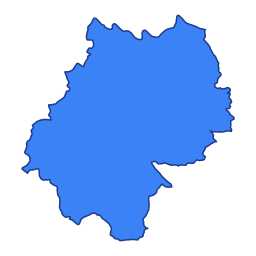 Moc Chau, Son La, Vietnam (orthographic projection)
{"feature_id": "81297802B18330735489877", "entity_name": "Moc Chau", "entity_type": "district", "adm_level": 2, "iso_a3": "VNM", "parent_name": "Vietnam", "parent_adm1": "Son La", "projection": "orthographic", "projection_center": [104.628, 20.87], "detail": "fine", "context": "isolated", "style": "filled", "palette": "blue", "viewbox_px": 256, "rotation_deg": 0, "n_neighbors": 0, "source": "geoboundaries", "source_scale": "gbopen_adm2", "svg_char_len": 5741}
<svg xmlns="http://www.w3.org/2000/svg" viewBox="0 0 256 256"><path d="M87.0,51.5L87.2,52.1L88.0,52.9L90.6,54.3L90.6,54.6L89.0,55.3L87.7,56.5L87.8,58.0L87.4,59.1L86.0,60.8L84.4,63.7L83.6,66.3L83.3,66.5L82.4,66.3L78.6,63.7L77.8,63.4L76.8,63.7L72.7,69.9L69.1,71.7L66.6,71.9L65.1,71.8L65.0,72.1L65.3,73.4L66.4,75.9L67.4,79.4L68.9,81.8L68.9,82.5L67.6,84.7L67.2,85.7L67.5,86.5L68.5,87.3L69.4,87.7L69.7,88.4L69.4,89.9L68.9,91.0L68.6,91.1L66.9,91.1L66.4,91.6L65.6,93.6L65.0,95.5L64.4,96.8L63.5,97.8L61.8,99.2L57.4,102.0L56.6,103.3L55.2,104.0L50.5,104.9L48.8,104.9L48.6,105.4L49.2,107.8L50.1,109.5L50.5,111.1L50.3,112.0L48.8,114.7L48.8,115.4L50.6,117.5L50.8,119.8L50.7,120.1L47.7,119.5L46.4,119.7L44.8,119.3L43.3,119.5L42.6,120.2L42.0,119.9L41.0,119.9L36.7,121.7L32.5,125.2L32.5,125.5L33.4,127.6L33.0,128.6L31.6,129.7L31.2,130.5L31.2,131.0L31.7,132.1L31.9,133.0L32.0,134.2L31.8,135.0L31.1,135.9L30.9,137.0L30.0,139.4L29.1,140.5L28.0,140.9L27.6,141.2L27.2,141.8L26.6,143.4L26.9,145.9L25.5,150.6L25.2,150.9L24.7,152.3L24.8,152.8L25.6,153.6L26.1,154.0L27.9,154.9L29.2,156.3L29.7,157.2L30.0,158.7L30.0,160.6L29.9,161.1L29.3,162.2L26.9,165.3L24.5,166.8L23.2,167.3L22.7,167.7L22.0,169.0L23.0,169.5L24.3,170.9L26.3,172.1L27.4,173.2L27.8,172.8L28.4,171.5L30.2,170.0L31.6,170.0L33.9,169.7L36.8,168.8L38.5,169.1L39.2,170.6L39.3,174.9L39.5,176.0L40.8,178.6L42.2,179.6L43.7,180.1L45.7,179.8L48.2,180.0L48.5,179.8L49.6,179.6L50.0,179.7L50.2,180.2L50.1,181.5L50.1,181.9L50.5,182.7L51.2,183.4L52.2,183.9L53.9,185.2L56.4,186.1L56.8,186.4L57.2,187.1L57.4,188.0L57.2,190.3L57.6,193.8L58.0,195.3L59.4,197.5L59.7,198.2L59.9,199.3L59.8,203.6L59.5,206.6L59.7,207.9L60.4,209.9L61.7,211.5L62.0,213.5L62.3,214.2L63.1,215.2L64.9,216.9L66.8,217.2L68.6,216.6L70.3,216.9L70.4,217.4L69.5,218.7L69.7,219.1L70.3,219.5L71.6,219.7L73.3,220.8L76.5,223.7L78.1,224.6L79.3,223.9L81.2,219.3L81.8,218.6L84.0,217.1L88.7,215.2L92.7,213.1L93.7,213.1L95.5,213.4L97.5,215.2L99.6,215.0L100.3,215.6L101.7,217.8L102.6,218.6L104.5,219.9L107.0,222.0L109.2,224.0L110.1,225.5L110.9,227.0L111.4,228.7L110.9,231.3L110.4,233.4L110.4,234.8L110.9,235.5L112.2,236.0L113.0,236.6L114.6,238.4L115.8,238.9L117.1,238.8L117.8,239.0L118.4,239.4L119.0,240.0L120.0,240.5L121.4,240.6L125.2,240.0L131.1,239.6L132.7,239.4L137.7,239.9L138.5,238.8L139.4,237.9L140.8,237.1L142.5,236.8L142.7,236.5L143.1,235.7L143.2,233.7L143.9,232.9L144.2,232.4L144.2,230.3L144.3,230.1L145.7,229.1L146.7,228.7L147.6,228.5L147.7,228.3L147.6,228.2L146.5,227.9L146.0,227.6L144.8,226.7L144.3,226.0L143.8,224.9L143.6,223.7L143.7,222.5L143.6,221.8L143.0,220.6L143.2,219.4L143.6,218.3L145.4,216.4L146.9,213.8L147.6,212.0L148.6,210.0L149.0,207.2L149.1,204.5L148.6,199.1L148.8,197.4L149.1,196.4L149.4,196.0L151.3,195.8L153.9,194.9L155.4,193.6L156.6,192.2L157.0,190.0L157.4,189.3L159.6,187.1L161.3,184.7L161.8,184.2L164.9,186.3L166.1,186.9L168.2,187.2L171.6,186.9L171.7,186.1L170.9,184.0L169.4,183.0L167.0,181.1L163.4,177.8L161.4,175.7L159.7,173.2L155.0,168.4L153.9,166.5L152.4,164.6L151.6,162.5L151.9,161.9L153.8,161.5L155.3,161.5L156.0,161.9L158.0,163.8L158.9,163.9L161.9,163.6L164.1,163.2L164.7,162.9L165.5,162.9L167.4,163.9L170.7,165.1L172.3,165.2L174.7,164.9L176.4,164.9L177.0,165.1L177.6,165.8L178.0,166.0L179.8,165.2L181.4,165.0L184.7,165.1L185.6,165.3L186.1,164.9L187.2,163.5L188.6,163.1L192.3,163.4L193.3,163.2L194.0,162.9L196.1,160.3L196.5,160.0L197.6,160.1L199.4,160.6L203.6,159.9L204.2,159.4L204.6,158.8L205.3,156.6L204.4,156.1L203.2,155.1L202.8,153.4L203.0,152.6L203.8,151.2L204.6,149.7L205.1,149.0L205.2,147.4L206.0,147.2L209.6,145.0L211.2,143.7L212.8,143.0L214.0,142.0L216.0,141.8L216.4,141.6L216.3,141.3L213.2,138.5L213.1,136.9L213.4,136.1L213.5,135.1L210.8,131.2L211.5,131.5L211.8,131.8L221.0,132.0L223.0,131.9L227.4,130.9L228.4,130.9L231.2,131.3L231.3,131.2L231.6,129.6L230.5,127.8L230.9,123.9L230.6,122.9L230.7,121.2L233.0,119.4L234.0,119.0L234.0,117.8L233.1,116.7L230.1,114.4L228.9,112.0L227.4,110.6L226.6,110.4L226.3,110.1L226.2,109.7L226.6,108.5L228.9,108.6L229.3,108.4L229.9,107.5L230.3,107.0L230.5,106.7L230.4,106.3L230.1,106.1L229.8,105.7L229.7,105.3L229.9,104.4L230.0,104.0L231.0,102.8L231.6,101.7L230.8,99.8L229.3,98.0L229.1,97.4L229.1,96.1L229.7,95.3L230.0,94.7L229.9,93.2L229.7,92.9L227.9,93.2L227.4,93.0L227.8,92.4L228.6,92.3L229.4,91.8L230.2,90.6L230.3,89.7L229.9,88.8L228.3,87.6L225.8,88.1L223.7,89.0L221.3,88.6L220.5,88.0L219.5,88.0L217.8,88.5L216.3,87.9L215.0,86.9L214.9,86.6L214.9,85.0L214.6,83.9L215.2,83.5L216.2,83.4L217.1,82.5L217.4,82.0L217.5,80.5L217.8,79.1L219.2,76.9L220.7,75.7L221.0,74.1L220.5,73.1L219.3,72.2L218.6,71.2L218.5,70.4L218.9,68.3L218.3,66.2L218.3,65.2L218.7,63.1L217.2,60.8L215.3,56.2L214.0,55.2L213.1,53.9L211.4,50.7L210.4,49.1L209.9,47.0L207.7,43.9L203.7,39.6L203.7,39.1L205.1,37.2L205.3,35.0L205.0,34.2L204.6,31.4L204.9,30.1L205.3,29.7L199.3,28.3L196.5,26.8L191.8,25.0L186.9,23.4L184.9,21.8L182.1,18.5L179.5,16.0L178.6,15.4L177.4,15.5L176.8,17.0L176.0,23.1L175.1,24.5L174.7,25.9L173.9,27.0L172.9,27.8L170.5,28.3L167.6,29.1L164.3,31.1L160.7,34.5L159.3,36.4L157.8,37.2L155.6,37.2L151.7,36.2L148.2,33.0L146.7,31.3L145.3,30.3L143.9,30.3L142.9,31.0L142.1,32.8L142.2,38.5L141.4,39.4L139.4,39.6L136.8,38.7L134.6,37.3L131.2,32.9L128.6,31.1L127.0,30.8L124.7,31.2L122.7,31.0L122.0,30.3L119.4,28.1L117.2,25.7L115.2,23.9L113.9,23.8L113.2,24.3L112.3,25.3L112.4,28.1L111.6,28.9L109.9,29.3L107.6,28.7L104.9,26.9L103.9,25.1L102.3,24.9L101.2,24.0L98.3,20.6L96.0,18.5L94.7,18.2L94.1,18.2L92.8,19.7L92.1,22.1L91.8,22.7L88.0,26.7L87.8,28.0L88.0,29.8L87.2,32.2L86.4,36.4L86.8,39.2L87.1,39.7L88.0,40.1L89.0,39.9L90.9,40.0L91.8,40.1L92.5,40.5L93.1,41.4L93.6,43.9L93.6,44.9L93.5,45.8L92.5,47.6L91.6,48.5L90.5,48.1L89.6,48.0L89.1,48.2L88.3,49.1L87.0,51.5Z" fill="#3b82f6" stroke="#1e3a8a" stroke-width="1.5"/></svg>